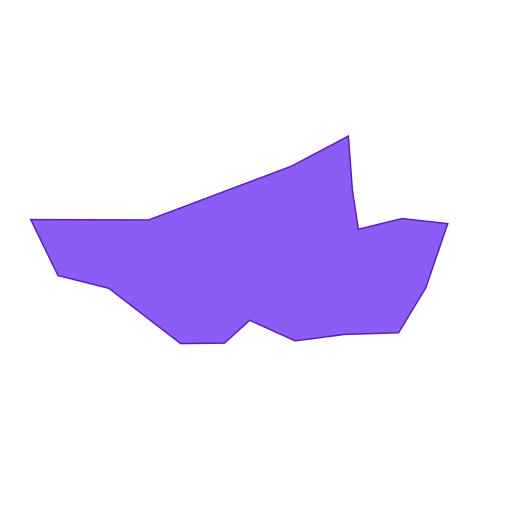 outline of Eastern, rotated 154°
{"feature_id": "HKG-5155", "entity_name": "Eastern", "entity_type": "state/province", "adm_level": 1, "iso_a3": "HKG", "parent_name": "Hong Kong S.A.R.", "parent_adm1": "", "projection": "natural_earth1", "projection_center": [114.211, 22.27], "detail": "fine", "context": "isolated", "style": "filled", "palette": "violet", "viewbox_px": 512, "rotation_deg": 154, "n_neighbors": 0, "source": "natural_earth", "source_scale": "10m", "svg_char_len": 385}
<svg xmlns="http://www.w3.org/2000/svg" viewBox="0 0 512 512"><g transform="rotate(154 256 256)"><path d="M69.5,201.0L117.2,153.1L161.5,124.5L210.8,146.7L258.1,162.6L289.9,201.0L322.5,191.5L362.2,210.4L402.4,291.4L442.5,325.2L442.5,387.5L336.8,335.5L184.4,321.2L120.4,323.3L140.3,273.4L152.3,235.2L108.2,225.6L69.5,201.0Z" fill="#8b5cf6" stroke="#5b21b6" stroke-width="1.5"/></g></svg>